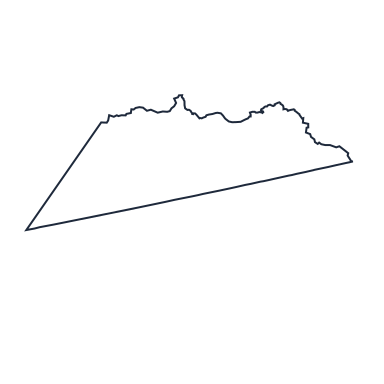 Mono, California, United States of America, rotated 125°
{"feature_id": "52423323B48171180316739", "entity_name": "Mono", "entity_type": "district", "adm_level": 2, "iso_a3": "USA", "parent_name": "United States of America", "parent_adm1": "California", "projection": "equal_earth", "projection_center": [-119.267, 38.088], "detail": "fine", "context": "isolated", "style": "outline", "palette": "slate", "viewbox_px": 384, "rotation_deg": 125, "n_neighbors": 0, "source": "geoboundaries", "source_scale": "gbopen_adm2", "svg_char_len": 2239}
<svg xmlns="http://www.w3.org/2000/svg" viewBox="0 0 384 384"><g transform="rotate(125 192 192)"><path d="M67.2,148.1L66.7,148.6L66.7,150.1L66.5,152.4L66.5,154.5L65.8,155.1L65.9,156.1L66.9,157.0L68.2,158.3L69.7,159.5L70.5,159.9L70.3,160.7L69.9,161.1L70.1,162.4L70.8,163.6L71.8,164.5L70.3,165.5L69.3,166.6L68.9,167.7L69.0,168.1L68.9,168.7L69.1,169.9L68.5,170.5L68.4,171.8L69.5,172.7L72.8,174.6L73.6,174.0L75.0,174.8L75.4,176.1L75.7,178.2L77.4,179.5L78.9,179.6L79.7,180.8L80.7,181.4L82.3,181.6L84.5,182.7L85.5,182.4L85.6,181.2L85.3,180.0L85.7,179.4L86.9,179.7L86.8,180.5L87.9,182.7L89.5,184.0L90.4,185.4L90.3,186.6L91.6,188.5L93.2,189.7L93.7,190.1L94.6,188.9L95.1,188.2L96.5,187.3L97.1,188.2L99.7,188.4L101.6,189.7L103.6,190.8L106.6,192.4L109.4,195.9L111.8,199.1L113.1,202.3L112.9,206.5L112.7,207.4L111.6,210.5L111.0,213.5L112.5,216.6L113.7,217.9L116.4,220.0L118.9,222.6L120.9,224.2L122.6,224.0L124.6,225.5L126.1,226.3L126.5,227.3L126.9,228.0L127.4,228.2L127.1,229.2L126.1,232.9L125.9,234.6L126.8,236.0L127.6,235.8L127.9,236.6L127.4,236.8L127.2,237.9L126.3,239.8L126.4,241.7L127.4,242.8L127.4,245.6L125.2,247.9L123.8,248.9L121.9,250.3L121.0,252.2L120.6,252.3L120.3,253.1L120.4,253.8L120.2,254.6L119.2,255.3L118.4,255.6L120.3,258.1L122.5,257.8L125.7,260.2L128.2,256.1L132.0,255.8L135.2,256.8L138.5,256.6L140.5,258.3L142.8,262.1L146.7,265.6L148.2,272.9L151.3,275.5L151.0,280.5L152.7,283.8L155.5,286.4L157.9,287.1L159.0,289.1L162.4,287.4L165.6,290.5L167.3,290.3L169.6,293.8L172.0,295.8L172.3,297.6L175.2,299.2L176.6,303.9L181.5,301.7L184.1,301.6L187.1,306.3L318.2,305.9L312.2,300.0L308.2,296.6L298.2,286.8L289.3,278.3L287.5,276.6L259.8,250.2L235.2,226.8L225.0,217.2L215.1,207.9L208.2,201.6L195.3,189.2L190.8,185.0L187.3,181.9L175.2,170.4L166.4,162.2L162.6,158.7L155.5,152.3L151.5,148.4L144.2,141.8L142.2,139.7L138.2,136.0L133.9,132.1L123.1,122.2L120.9,120.0L117.0,116.6L110.2,110.2L109.5,109.6L104.4,105.0L103.6,104.4L93.3,94.7L87.3,89.3L74.7,77.7L75.5,79.1L72.9,85.4L70.6,86.3L70.0,97.5L72.7,99.5L74.4,105.9L77.1,109.7L78.7,113.5L78.6,116.2L80.5,116.6L80.6,119.9L78.7,122.0L78.6,126.1L76.8,128.4L77.9,132.8L73.6,135.0L72.4,133.8L69.5,135.9L71.6,140.9L67.7,143.2L68.7,143.9L67.2,148.1Z" fill="none" stroke="#1e293b" stroke-width="2"/></g></svg>